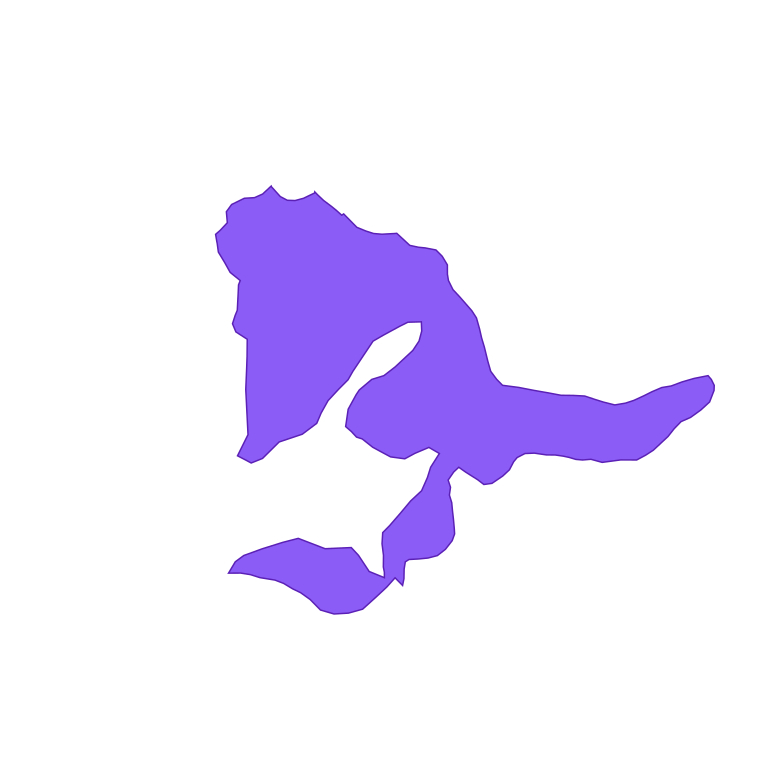 Samukh District, Samux, Azerbaijan (orthographic projection), rotated 137°
{"feature_id": "54616110B65018719015844", "entity_name": "Samukh District", "entity_type": "district", "adm_level": 2, "iso_a3": "AZE", "parent_name": "Azerbaijan", "parent_adm1": "Samux", "projection": "orthographic", "projection_center": [46.456, 40.939], "detail": "fine", "context": "isolated", "style": "filled", "palette": "violet", "viewbox_px": 768, "rotation_deg": 137, "n_neighbors": 0, "source": "geoboundaries", "source_scale": "gbopen_adm2", "svg_char_len": 2763}
<svg xmlns="http://www.w3.org/2000/svg" viewBox="0 0 768 768"><g transform="rotate(137 384 384)"><path d="M331.5,605.7L343.2,605.7L351.6,608.6L359.5,615.1L373.0,619.2L381.8,617.5L388.6,608.8L399.1,608.1L405.1,608.3L409.2,602.1L410.1,600.6L415.2,593.4L417.6,581.8L420.4,570.5L418.6,557.7L422.8,555.7L429.1,549.5L441.0,538.0L446.2,535.6L453.7,531.4L456.8,523.1L453.5,510.0L465.4,497.5L473.6,489.3L488.9,474.2L518.0,439.7L540.1,431.4L538.4,426.6L537.0,422.7L535.0,416.8L523.6,412.4L500.2,413.1L478.0,403.0L460.0,401.1L449.9,405.6L436.2,410.0L420.9,411.1L407.4,411.6L398.1,414.5L362.8,422.8L351.4,420.2L344.4,418.4L333.2,415.5L324.4,412.9L314.3,404.0L320.3,397.0L329.1,391.5L340.0,388.9L364.4,388.9L378.4,390.2L389.8,395.7L406.1,396.5L411.6,395.2L427.4,390.0L441.1,379.0L440.3,371.7L440.3,363.9L437.4,358.7L435.4,345.5L432.2,335.9L428.9,326.2L419.8,315.1L408.7,312.2L394.4,307.0L390.9,295.4L406.7,291.3L416.0,286.0L429.3,280.3L444.3,280.3L460.5,278.3L476.6,276.6L486.3,276.2L494.4,268.5L501.2,259.1L509.3,250.6L512.1,246.1L515.8,242.1L522.7,257.0L519.5,276.1L519.5,286.7L539.4,303.7L552.0,329.6L566.2,337.3L585.6,346.6L603.5,354.2L614.0,355.4L626.7,351.7L617.8,343.5L611.7,335.7L606.8,327.0L597.5,315.0L593.4,306.6L590.5,296.4L587.3,288.2L585.0,276.8L584.6,262.0L577.4,249.9L566.3,240.7L553.2,233.9L535.5,233.6L520.5,233.6L508.1,234.7L507.8,224.0L502.2,228.0L495.5,234.9L489.7,239.4L485.4,238.6L478.1,232.5L470.5,226.7L462.0,222.1L451.8,221.2L441.0,222.9L434.6,226.2L430.9,230.7L425.3,237.9L420.5,244.4L415.4,251.0L411.9,258.2L405.8,263.1L402.6,270.0L393.0,272.1L386.1,272.1L384.3,263.5L380.8,250.2L379.5,242.4L372.8,237.7L359.9,235.7L350.8,235.7L342.2,238.7L336.8,239.4L328.3,237.0L321.2,230.9L313.6,221.4L307.2,215.3L302.2,209.1L298.7,204.1L295.1,198.0L290.6,193.0L284.0,187.8L277.9,177.9L262.6,167.0L251.0,156.1L241.2,153.5L232.2,151.9L222.1,151.9L212.1,151.9L202.3,153.4L192.4,153.9L182.6,150.5L170.0,148.9L158.1,148.8L147.0,154.2L143.4,157.8L141.5,164.1L141.4,167.1L141.3,169.1L153.4,176.6L164.7,182.3L175.3,186.7L183.3,192.0L193.3,195.6L202.1,198.2L212.4,201.6L220.4,205.3L229.5,211.3L230.2,212.4L235.9,221.2L240.6,229.5L245.4,238.3L253.4,246.6L262.2,255.0L270.0,265.6L278.7,277.1L287.8,289.6L298.2,302.2L298.4,310.6L297.3,320.5L292.4,330.1L285.4,342.6L281.2,351.1L276.5,359.2L271.3,369.3L269.8,377.7L269.2,396.1L269.2,406.0L266.3,415.7L262.7,421.1L256.4,427.9L254.3,437.8L254.6,446.6L261.1,455.5L265.5,460.5L270.6,467.8L271.9,485.5L274.2,487.3L276.1,488.9L283.3,494.9L289.0,501.2L292.9,508.2L297.0,517.1L297.5,535.9L299.8,536.3L300.4,543.1L301.3,549.8L303.0,559.4L303.5,567.4L303.6,571.7L304.4,571.0L311.0,573.1L316.2,574.7L317.3,575.3L323.9,578.8L329.4,584.3L332.0,591.8L331.8,605.0L331.5,605.7Z" fill="#8b5cf6" stroke="#5b21b6" stroke-width="1.5"/></g></svg>